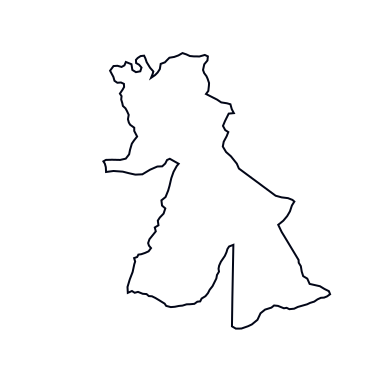 the district of Joviânia, Goiás, Brazil, rotated 250°
{"feature_id": "56859067B98474481427094", "entity_name": "Joviânia", "entity_type": "district", "adm_level": 2, "iso_a3": "BRA", "parent_name": "Brazil", "parent_adm1": "Goiás", "projection": "natural_earth1", "projection_center": [-49.597, -17.786], "detail": "fine", "context": "isolated", "style": "outline", "palette": "ink", "viewbox_px": 384, "rotation_deg": 250, "n_neighbors": 0, "source": "geoboundaries", "source_scale": "gbopen_adm2", "svg_char_len": 2860}
<svg xmlns="http://www.w3.org/2000/svg" viewBox="0 0 384 384"><g transform="rotate(250 192 192)"><path d="M269.1,158.6L262.9,159.4L260.3,155.2L258.0,152.0L252.7,148.1L248.9,145.8L246.0,141.2L246.7,135.5L249.7,127.8L251.6,122.1L251.1,119.2L248.4,119.8L244.8,119.5L240.2,118.1L238.6,125.4L234.8,133.9L231.0,139.5L227.7,144.7L225.6,151.4L227.3,160.3L227.8,168.1L226.3,172.8L227.9,176.6L230.6,179.5L230.8,182.5L223.1,189.1L221.6,186.5L217.3,181.6L212.1,177.3L205.5,173.0L201.5,170.1L196.3,165.4L194.6,160.4L189.5,159.2L185.7,161.3L181.4,157.9L179.0,153.0L176.8,150.1L172.2,149.1L171.4,144.9L167.4,144.5L162.2,135.9L159.0,133.3L156.3,133.2L153.3,134.3L151.1,130.9L150.8,127.0L150.9,123.0L151.5,120.2L149.7,118.3L149.7,115.0L146.1,114.8L143.9,113.1L137.2,108.9L131.1,103.6L124.8,98.9L119.2,97.2L119.5,101.7L116.9,103.7L116.6,107.1L113.2,110.9L111.6,114.4L109.0,115.8L107.7,118.7L105.0,121.3L101.7,124.0L99.0,126.1L96.5,128.1L93.8,128.8L91.1,132.7L90.0,136.7L89.4,140.8L88.5,144.2L88.3,148.5L87.1,152.1L86.1,156.0L87.1,159.5L86.4,162.3L88.6,164.6L89.5,169.0L91.5,172.4L94.1,175.2L96.5,179.1L102.4,185.3L105.5,187.1L107.9,190.1L110.8,190.7L113.5,192.3L116.6,195.3L120.7,201.0L123.6,203.8L126.3,205.8L128.1,208.2L128.2,212.8L78.9,193.8L52.1,183.6L48.6,186.5L46.8,191.7L46.7,198.8L47.1,203.0L49.5,209.8L54.6,214.9L56.5,220.4L56.2,227.1L57.3,230.3L55.6,233.8L51.3,238.6L50.8,241.3L48.6,243.4L47.4,248.1L47.8,252.1L47.1,261.8L47.4,265.0L47.2,269.4L48.2,273.2L48.5,276.9L47.6,280.0L47.7,283.1L48.7,286.8L52.0,286.7L55.6,283.3L59.7,280.0L65.4,271.1L71.2,270.7L74.9,267.7L79.7,267.9L85.1,268.9L89.0,268.1L91.7,268.9L118.3,263.7L123.7,262.6L131.7,261.8L133.8,268.0L136.8,273.2L140.3,277.4L145.2,281.3L148.0,284.9L150.2,283.7L153.4,280.1L156.3,274.4L159.9,269.3L198.0,244.1L203.3,243.8L212.2,240.8L217.9,237.7L224.2,236.5L228.4,239.0L232.6,243.7L235.9,246.6L238.8,244.4L243.5,243.7L247.3,247.2L253.1,253.3L251.8,258.3L256.2,257.7L261.3,258.1L263.4,255.2L266.2,250.1L270.2,247.2L279.3,238.7L281.4,241.9L286.2,244.3L288.6,245.3L293.2,245.4L295.9,245.2L299.6,244.1L302.9,244.1L307.8,247.2L310.3,251.5L314.0,253.3L316.4,250.9L316.8,245.4L318.9,239.9L320.5,236.5L323.3,233.7L325.8,230.5L325.0,226.0L325.0,221.5L325.9,216.7L324.4,213.5L323.1,210.9L323.1,206.4L318.5,203.8L316.0,200.5L314.5,197.3L313.3,192.6L316.4,195.4L318.5,196.9L323.1,195.1L329.5,193.8L333.5,193.9L336.5,193.6L337.3,190.2L336.5,186.8L335.3,184.5L332.3,183.6L329.7,185.8L326.2,187.1L323.1,184.7L323.8,180.3L327.1,177.7L332.8,178.8L336.8,174.3L334.1,171.8L333.6,168.6L336.1,165.1L337.2,161.3L334.0,156.5L331.1,156.9L327.0,157.5L323.0,157.2L320.2,159.2L319.2,162.7L316.9,165.0L313.9,164.1L312.0,161.9L309.1,157.9L306.2,158.6L303.1,157.1L299.4,156.9L296.5,156.5L293.4,158.1L290.1,158.6L286.1,158.9L282.3,156.7L278.8,156.4L276.3,156.9L272.2,159.7L269.1,158.6Z" fill="none" stroke="#020617" stroke-width="2"/></g></svg>